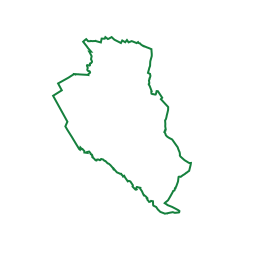 the district of Rudzātu pag., Livanu, Latvia, rotated 244°
{"feature_id": "27541924B28170675749261", "entity_name": "Rudzātu pag.", "entity_type": "district", "adm_level": 2, "iso_a3": "LVA", "parent_name": "Latvia", "parent_adm1": "Livanu", "projection": "equal_earth", "projection_center": [26.465, 56.437], "detail": "fine", "context": "isolated", "style": "outline", "palette": "green", "viewbox_px": 256, "rotation_deg": 244, "n_neighbors": 0, "source": "geoboundaries", "source_scale": "gbopen_adm2", "svg_char_len": 5382}
<svg xmlns="http://www.w3.org/2000/svg" viewBox="0 0 256 256"><g transform="rotate(244 128 128)"><path d="M148.0,171.0L148.6,169.9L147.5,169.0L146.7,168.3L146.3,167.9L146.0,167.5L146.4,166.7L146.7,166.2L147.1,165.9L147.5,165.4L147.6,165.1L147.7,164.9L148.5,164.2L149.1,164.3L150.0,164.7L150.7,165.0L150.7,165.4L156.1,165.9L156.5,165.9L157.0,165.9L157.5,165.9L157.8,165.7L158.0,165.7L158.5,166.0L158.6,166.4L158.9,166.7L159.1,166.9L159.5,167.0L160.7,167.4L161.6,167.7L161.9,168.0L162.0,168.2L162.4,168.7L162.6,168.7L163.3,169.1L163.4,169.6L165.0,171.0L167.0,171.5L168.6,170.2L168.8,170.1L170.9,172.0L172.2,173.1L172.5,173.3L173.7,174.6L174.2,175.1L174.6,175.3L176.1,176.1L177.9,177.1L178.3,177.4L179.0,178.0L181.6,180.3L182.3,180.9L183.1,181.3L184.1,181.8L187.9,183.3L188.6,183.6L188.8,183.4L190.2,182.2L191.4,181.1L192.1,180.4L195.0,177.9L194.8,177.8L195.3,177.4L197.5,176.2L198.2,176.0L198.9,175.8L199.1,175.4L199.5,175.0L199.7,174.8L200.8,174.7L200.7,174.0L200.5,173.0L203.0,170.8L204.0,169.9L204.2,169.6L204.3,169.5L204.5,169.3L204.6,167.7L204.7,166.1L205.1,166.0L207.5,165.6L206.3,163.1L209.2,161.2L207.5,158.9L213.3,154.5L216.9,153.1L216.7,149.9L216.8,148.9L219.6,147.5L218.5,146.2L219.9,143.5L216.8,141.1L220.4,137.0L220.5,137.0L220.5,136.8L221.2,135.2L221.7,134.0L222.6,132.7L222.6,132.1L223.5,130.2L226.2,129.4L225.7,127.1L225.4,126.2L225.2,125.5L222.9,126.0L219.7,126.7L217.3,127.1L212.8,128.3L213.7,126.6L212.8,126.7L212.1,126.7L209.7,126.8L208.5,126.8L208.4,126.7L207.7,126.2L207.2,125.8L207.0,125.6L206.4,125.2L206.1,124.9L205.9,124.9L205.0,124.9L203.6,124.8L203.4,124.7L203.2,124.6L203.0,124.3L202.9,124.0L202.7,123.7L202.5,123.4L202.5,123.1L202.7,122.4L202.6,122.1L202.4,121.9L201.8,121.7L201.2,121.3L201.0,121.2L201.0,120.8L201.1,120.7L201.5,120.2L201.8,119.8L201.9,119.7L202.1,119.4L202.4,119.0L202.4,118.8L202.4,118.7L202.2,118.5L201.1,118.3L200.5,118.3L200.3,118.3L200.1,118.3L199.3,117.9L199.0,117.6L198.7,117.3L198.3,117.0L197.9,116.9L197.7,116.9L197.3,117.0L196.7,117.2L196.4,117.5L196.1,118.1L195.8,118.3L195.5,118.4L195.2,118.4L194.6,118.3L194.4,118.1L194.1,117.5L194.0,117.0L194.0,116.4L193.6,115.9L193.3,115.7L193.0,115.6L193.3,115.2L194.4,113.3L197.8,107.2L198.1,106.9L198.6,105.7L199.2,104.9L199.5,104.2L200.0,103.4L199.9,103.4L200.1,103.2L199.7,99.5L199.4,97.1L199.3,95.8L198.7,84.7L190.9,85.0L189.8,74.8L160.2,76.3L160.1,76.2L159.3,75.2L156.9,72.4L152.9,72.7L145.5,73.5L144.7,73.6L141.1,73.9L139.0,74.1L137.7,74.2L130.4,74.9L129.6,75.3L131.4,76.7L131.1,76.8L129.3,77.1L129.2,77.8L126.5,78.6L125.9,78.4L125.1,78.0L123.8,80.0L124.1,79.9L124.4,80.3L124.0,82.3L123.9,82.7L122.6,83.1L121.8,83.2L120.7,83.1L120.2,83.7L119.5,83.9L118.8,83.5L118.0,83.8L117.4,83.2L115.8,83.9L115.3,84.1L114.7,84.3L113.5,84.6L113.2,84.8L112.7,85.2L112.6,85.4L112.6,85.6L113.1,86.0L113.2,86.3L113.0,86.8L112.9,87.2L112.3,87.9L111.5,88.5L111.4,88.6L111.3,89.0L111.4,89.3L111.5,89.5L111.8,89.8L111.9,90.0L111.9,90.3L111.7,90.5L111.5,90.8L110.9,91.4L110.6,91.8L110.2,92.0L108.9,92.4L108.6,92.7L108.4,93.1L108.0,93.3L107.5,93.5L107.1,93.6L106.6,93.7L106.2,93.9L105.4,94.1L104.9,94.4L104.6,94.9L103.8,95.3L102.1,96.0L101.3,96.2L99.8,96.6L98.9,96.8L98.4,96.9L97.8,96.9L97.1,96.9L97.1,97.0L97.5,97.4L96.2,97.7L93.0,98.6L90.9,100.4L90.6,100.5L90.4,100.9L90.1,101.3L89.8,101.8L88.8,101.7L88.1,102.2L87.6,102.2L87.3,102.3L86.5,102.3L86.7,103.6L84.7,103.7L80.1,104.4L80.1,105.6L78.9,106.7L74.4,107.3L73.4,106.4L69.9,107.5L69.4,107.7L69.2,107.9L69.0,108.4L69.0,108.8L69.5,108.7L70.4,109.0L70.5,109.1L70.7,109.4L71.1,110.1L71.0,110.3L70.5,110.8L70.2,111.1L68.8,112.9L68.1,112.4L67.8,112.4L65.2,112.8L64.7,112.8L62.3,112.7L61.1,112.7L61.2,112.9L59.4,113.5L59.5,113.5L59.1,113.8L58.6,114.0L56.6,114.6L56.4,114.0L55.9,114.1L55.8,114.3L54.6,114.0L53.9,114.3L53.1,114.5L52.3,114.6L52.1,115.6L52.0,115.9L52.1,116.2L52.4,116.7L52.3,116.9L51.9,117.4L51.2,118.3L48.4,117.1L47.7,116.8L47.1,116.8L46.1,117.5L45.7,117.9L44.6,118.7L41.7,119.1L38.4,120.3L35.2,123.3L34.9,123.5L34.2,125.7L34.0,125.9L34.1,126.1L33.6,128.2L32.7,131.4L32.6,131.5L31.9,132.2L31.3,132.8L30.8,134.0L29.8,136.7L29.8,137.0L30.8,137.8L31.9,137.3L34.7,135.3L37.0,133.6L37.8,133.0L41.4,129.7L41.7,129.7L44.4,128.0L44.5,128.2L45.4,132.0L45.5,132.3L47.6,135.5L50.6,139.8L50.9,140.2L51.6,141.0L51.5,142.1L51.5,142.3L52.1,143.0L52.8,143.5L53.1,143.6L53.3,143.8L53.5,144.3L53.3,144.5L53.8,144.9L54.2,145.6L56.9,148.4L57.8,149.3L58.0,149.5L61.4,151.7L61.9,152.1L61.9,152.5L61.7,152.9L61.3,153.8L61.1,153.9L61.0,154.0L61.5,156.4L61.7,158.7L62.0,160.0L62.2,160.8L62.1,161.0L62.5,162.8L62.7,164.2L67.0,167.8L68.5,168.9L69.0,169.2L69.1,168.9L69.3,168.5L69.4,168.2L69.7,167.7L70.8,166.9L71.5,166.5L74.0,164.9L74.4,164.7L74.8,164.5L78.7,162.9L79.5,162.6L80.7,162.6L81.1,162.9L81.8,163.2L83.0,163.6L84.0,163.8L85.1,163.8L86.4,163.9L87.5,164.0L88.1,164.1L88.9,164.2L92.5,163.6L98.1,162.7L98.4,162.6L98.6,162.5L100.4,161.1L101.4,160.4L102.6,159.7L103.4,159.3L104.8,158.9L105.4,158.9L106.4,159.1L106.9,159.1L107.9,159.1L108.1,159.1L108.4,158.9L108.5,159.0L108.9,159.5L109.0,159.5L109.2,159.8L109.3,159.9L109.1,160.1L109.1,160.4L109.4,160.6L109.8,160.6L110.1,160.7L110.3,161.0L110.3,161.3L110.6,161.4L113.2,162.2L115.2,163.3L118.6,164.7L119.1,165.6L119.7,166.3L121.4,167.7L122.0,168.1L124.6,170.3L126.7,172.0L129.2,173.3L129.3,173.3L135.5,171.4L136.6,171.1L139.5,170.2L140.2,172.0L148.0,171.0Z" fill="none" stroke="#15803d" stroke-width="2"/></g></svg>